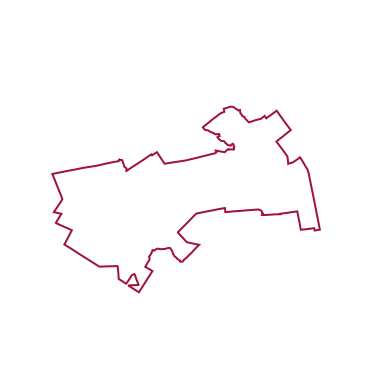 outline of Belciugatele, Calarasi, Romania, rotated 31°
{"feature_id": "2599482B10542752576449", "entity_name": "Belciugatele", "entity_type": "district", "adm_level": 2, "iso_a3": "ROU", "parent_name": "Romania", "parent_adm1": "Calarasi", "projection": "mercator", "projection_center": [26.453, 44.516], "detail": "fine", "context": "isolated", "style": "outline", "palette": "rose", "viewbox_px": 384, "rotation_deg": 31, "n_neighbors": 0, "source": "geoboundaries", "source_scale": "gbopen_adm2", "svg_char_len": 5849}
<svg xmlns="http://www.w3.org/2000/svg" viewBox="0 0 384 384"><g transform="rotate(31 192 192)"><path d="M317.0,161.8L321.0,158.4L296.4,131.2L295.0,129.7L294.7,129.3L293.7,128.3L284.6,118.3L283.3,116.8L281.7,115.3L279.3,113.1L278.7,112.8L278.1,112.5L275.5,111.2L274.2,110.5L270.8,108.7L269.0,107.6L266.6,106.7L266.2,108.1L264.0,113.0L263.3,114.5L263.1,114.8L262.7,115.4L261.1,116.8L260.3,117.7L260.0,118.3L259.6,117.8L258.6,116.4L255.4,112.3L250.0,110.0L238.4,105.3L238.6,104.9L239.3,102.7L241.4,97.3L242.3,94.6L243.6,91.3L243.9,90.3L244.8,88.1L234.8,84.0L227.7,80.9L224.5,79.4L223.8,79.2L222.7,78.7L217.7,90.6L215.0,89.4L214.9,89.9L213.7,92.9L213.5,93.5L213.4,93.8L213.2,94.0L211.6,95.4L210.2,97.0L209.7,97.4L206.4,101.3L204.9,103.0L203.1,102.6L201.3,102.1L199.2,101.4L198.7,101.1L198.4,100.7L198.0,100.6L196.9,100.9L195.8,100.9L195.4,100.6L193.5,99.6L193.0,99.6L192.7,99.4L192.4,98.9L192.1,98.5L191.0,97.0L190.7,97.3L190.3,97.8L189.8,98.2L189.7,98.1L189.1,98.0L186.9,98.1L185.5,97.9L184.3,97.9L182.9,98.1L182.0,98.5L181.4,98.8L180.6,99.4L179.9,100.3L178.4,102.1L176.4,104.2L178.4,106.7L176.3,109.3L175.9,110.0L175.4,111.2L172.2,119.2L170.8,123.2L169.4,127.1L168.0,130.8L168.0,131.0L170.6,131.9L171.9,132.0L172.4,131.5L173.0,131.3L173.3,131.1L173.8,130.9L174.7,130.9L175.4,130.8L176.1,131.1L176.9,131.0L178.0,130.7L179.4,130.5L180.5,130.3L181.5,130.8L182.7,130.2L183.2,129.9L183.5,129.7L184.0,129.5L184.1,129.3L184.4,129.0L184.8,128.6L185.3,128.3L185.8,128.6L186.0,128.9L186.3,129.3L186.5,129.8L186.8,130.0L186.4,130.4L185.8,131.4L185.5,131.8L185.6,132.0L186.2,132.2L187.0,132.5L190.2,133.2L191.2,132.9L192.6,132.2L193.3,132.0L193.6,132.0L193.9,132.1L194.3,132.2L194.7,132.3L195.3,132.8L197.0,133.0L197.6,133.0L197.9,133.1L198.4,133.4L199.3,133.0L200.0,132.8L200.7,132.7L201.1,132.5L201.3,132.3L201.3,131.9L201.4,131.0L201.8,130.3L201.9,129.8L202.1,129.6L202.3,129.6L202.6,129.7L202.8,129.8L203.1,130.0L203.9,130.8L204.8,131.4L204.5,131.7L206.0,133.7L205.7,134.3L205.4,134.5L205.0,134.6L203.1,135.6L201.8,136.7L201.1,136.5L200.5,137.6L200.2,138.4L200.1,139.1L199.6,140.9L199.2,141.2L197.9,141.7L196.4,142.3L191.4,144.0L190.9,144.3L192.5,145.5L192.4,145.6L192.0,146.4L191.7,147.0L187.0,151.7L176.9,161.8L172.7,165.9L170.4,168.2L163.0,174.3L161.2,175.7L157.3,179.1L153.9,181.9L141.4,175.9L138.8,181.2L137.8,180.7L137.3,181.6L136.8,182.6L136.1,184.2L135.2,186.2L134.9,187.0L128.9,199.5L128.5,200.2L126.5,204.4L125.3,207.0L124.6,208.6L124.7,208.1L124.6,207.6L124.5,207.0L124.4,206.6L124.2,206.1L123.9,205.8L123.8,205.7L123.1,205.4L122.6,205.4L122.1,205.3L121.6,205.2L120.8,205.1L120.4,204.8L119.6,203.9L118.8,203.1L118.5,202.8L118.1,202.7L117.8,202.4L117.3,202.1L116.8,201.6L116.3,200.9L115.9,200.6L115.4,200.7L114.8,201.2L114.4,201.3L113.9,201.4L113.1,201.4L112.7,202.9L113.2,203.4L111.6,204.8L109.2,206.9L108.6,207.4L104.7,211.0L102.6,212.9L101.7,213.8L100.9,214.6L97.0,218.4L86.5,227.2L84.6,228.9L80.6,232.6L74.9,237.6L64.5,247.1L63.0,248.4L74.8,257.4L80.4,261.6L84.6,265.0L84.6,267.6L84.3,273.2L84.2,276.7L84.0,278.0L84.0,278.8L84.0,280.4L87.3,279.3L91.3,278.0L91.2,288.6L92.3,288.6L93.3,288.5L94.4,288.4L94.6,288.3L95.1,288.2L95.4,288.3L99.3,287.7L102.0,287.5L104.6,287.1L108.7,286.7L108.9,290.0L109.2,293.9L109.2,295.0L109.3,296.6L109.5,300.2L109.6,301.4L109.6,302.7L113.0,302.8L116.4,302.8L119.4,302.9L123.4,303.0L127.6,303.2L133.9,303.3L151.0,303.7L151.3,303.6L153.2,302.3L156.7,300.0L166.3,293.9L166.5,293.9L166.7,294.2L169.6,298.0L174.0,304.3L176.1,304.3L180.7,304.5L182.8,304.5L182.9,304.4L182.9,303.0L183.0,302.7L183.1,301.1L183.2,297.0L183.2,294.7L183.3,294.5L183.4,294.2L183.5,294.0L184.6,292.2L184.9,292.0L185.0,292.1L185.9,292.6L189.6,295.7L192.8,298.1L194.0,299.1L194.0,299.3L192.8,300.1L188.3,303.0L185.6,304.9L185.3,305.0L198.1,305.3L198.3,299.7L198.8,280.1L190.5,280.2L190.5,279.4L190.4,278.5L190.4,277.1L190.4,276.4L190.4,272.7L190.4,272.0L190.3,271.7L190.2,271.3L190.0,271.0L189.4,270.4L189.2,270.2L188.9,270.0L188.7,269.9L188.5,269.7L188.4,269.6L188.4,269.3L188.5,269.1L188.7,268.5L188.8,268.1L188.8,267.7L188.7,266.6L188.6,265.9L188.6,265.5L188.7,265.1L188.6,264.5L188.5,263.9L188.5,263.7L188.4,263.6L188.3,263.3L188.2,263.0L188.2,262.8L188.2,262.6L188.2,262.4L188.3,262.2L188.5,261.7L189.1,261.8L189.7,261.8L189.9,261.2L190.2,260.7L190.9,259.2L191.3,258.6L191.5,258.4L192.4,258.0L192.5,257.9L193.2,257.7L194.3,257.3L194.5,257.2L194.9,257.0L196.3,256.0L198.0,254.8L199.1,253.7L199.5,253.2L199.9,252.8L200.4,252.4L201.1,251.8L201.7,251.4L202.0,251.3L204.7,252.5L205.8,253.2L206.7,253.9L207.4,254.7L207.9,255.0L209.1,255.5L209.6,255.8L209.9,256.0L210.7,256.3L211.7,256.3L212.1,256.3L212.7,256.4L214.1,257.0L214.5,257.0L215.2,256.9L216.2,257.0L216.9,256.9L217.1,257.0L217.2,257.3L217.5,257.7L217.9,257.8L219.6,256.7L219.8,256.5L219.9,256.4L219.9,256.0L220.0,255.4L219.9,255.1L219.8,254.9L221.2,250.9L221.4,250.1L221.9,247.6L222.1,246.9L222.8,245.1L223.0,244.1L223.3,242.2L223.9,239.5L224.6,236.3L225.3,233.6L223.9,234.1L220.3,235.4L213.4,237.7L201.1,234.1L200.8,234.0L200.7,233.8L200.7,233.7L200.7,233.4L201.7,229.5L203.3,222.9L204.1,219.4L205.0,215.5L205.9,211.8L206.0,211.3L206.7,208.6L206.9,208.3L207.1,208.0L207.3,207.8L210.8,204.6L224.4,192.3L228.5,188.8L228.8,189.1L230.9,192.1L235.9,188.5L236.7,187.8L237.4,187.3L238.2,186.7L239.9,185.6L242.8,183.5L243.4,183.1L245.1,181.9L247.5,180.1L248.0,179.8L248.8,179.2L249.7,178.6L250.6,178.0L255.2,174.7L257.5,173.1L258.2,172.6L261.2,172.3L261.3,172.3L261.5,172.6L262.6,173.5L262.8,173.6L263.3,173.8L263.8,173.8L264.0,174.0L263.8,174.6L263.6,174.9L263.5,175.2L263.5,175.4L263.6,175.6L263.7,175.8L263.8,175.8L264.0,175.7L265.0,175.0L267.6,173.3L271.5,170.6L272.9,169.6L274.9,168.3L276.6,167.2L279.2,165.5L278.9,165.2L292.2,154.4L297.1,159.8L300.5,163.5L303.7,167.2L304.8,168.3L306.7,166.8L309.2,165.0L315.3,160.1L317.0,161.8Z" fill="none" stroke="#9f1239" stroke-width="2"/></g></svg>